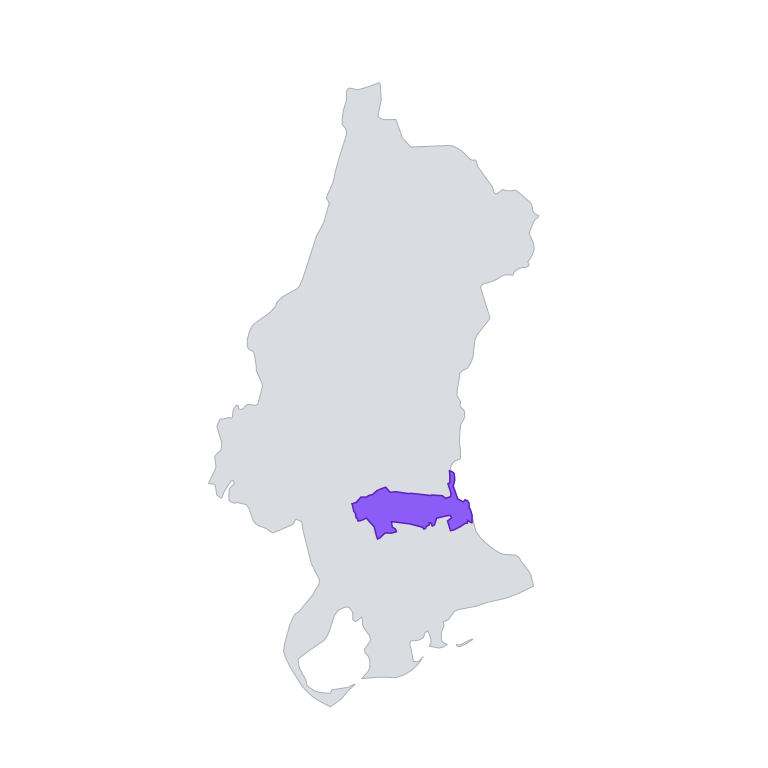 location of Magtymguly, Balkan, Turkmenistan, rotated 253°
{"feature_id": "10190150B5540422332593", "entity_name": "Magtymguly", "entity_type": "district", "adm_level": 2, "iso_a3": "TKM", "parent_name": "Turkmenistan", "parent_adm1": "Balkan", "projection": "natural_earth1", "projection_center": [56.485, 39.153], "detail": "fine", "context": "in_parent", "style": "filled", "palette": "violet", "viewbox_px": 768, "rotation_deg": 253, "n_neighbors": 0, "source": "geoboundaries", "source_scale": "gbopen_adm2", "svg_char_len": 5378}
<svg xmlns="http://www.w3.org/2000/svg" viewBox="0 0 768 768"><g transform="rotate(253 384 384)"><path d="M233.6,262.0L266.3,263.7L276.3,265.0L280.4,260.5L280.2,259.4L278.7,258.5L276.3,255.4L274.0,234.4L276.9,231.4L280.2,229.2L284.9,222.7L287.4,220.7L291.1,219.0L303.5,218.5L308.8,217.2L313.2,209.8L314.1,205.4L317.5,201.9L319.4,202.0L327.9,204.9L329.7,206.5L332.6,212.0L335.7,211.6L336.2,210.7L335.8,209.5L333.4,206.1L328.1,199.9L322.9,196.0L322.4,194.7L326.8,191.6L335.7,192.9L337.9,191.9L340.2,187.0L352.1,198.1L354.3,199.2L363.6,200.7L365.3,202.2L368.5,208.7L371.7,210.4L375.7,211.6L392.3,211.8L397.5,216.1L398.4,217.2L397.5,220.2L397.2,226.1L395.9,228.4L396.8,229.4L402.7,231.8L406.3,235.6L406.7,237.2L405.7,238.3L402.9,237.7L401.6,239.4L401.6,242.5L403.6,245.3L404.2,248.0L401.5,254.0L401.4,256.6L402.4,258.0L417.5,267.2L419.9,267.5L434.4,265.8L437.1,266.8L449.9,268.8L453.4,268.5L455.8,265.6L458.1,264.4L460.3,264.4L466.4,266.2L472.8,270.2L477.1,273.8L479.3,277.0L485.4,295.0L489.4,302.3L494.0,306.1L497.3,313.1L500.4,328.4L502.2,331.6L509.2,337.6L545.2,362.6L556.2,373.8L573.0,384.5L579.1,383.3L592.3,394.7L600.7,399.1L611.5,406.0L634.3,421.6L639.1,422.2L644.4,420.0L649.2,421.3L657.7,425.3L666.9,431.3L674.7,433.4L676.9,436.0L677.1,437.5L673.0,445.1L672.8,454.8L673.6,467.8L671.5,468.0L656.3,464.3L641.7,456.3L638.3,458.9L636.7,461.6L633.4,472.8L614.0,473.5L602.7,479.0L593.2,515.7L591.0,520.2L584.7,526.1L573.7,532.0L572.0,534.4L571.7,536.6L570.4,537.3L564.2,537.3L540.8,545.3L535.6,545.3L533.6,545.9L532.7,547.3L535.4,554.6L533.4,556.8L532.0,560.4L530.9,566.7L515.6,576.6L512.4,577.8L506.1,576.9L502.9,577.9L499.7,581.0L498.1,580.1L497.3,576.9L495.6,574.8L485.8,566.8L474.7,568.1L470.5,567.4L467.2,566.1L462.1,561.5L458.8,557.2L455.3,557.7L454.3,555.6L454.1,553.2L455.0,550.3L454.7,544.8L452.7,540.8L450.4,539.1L452.8,532.7L452.8,528.0L451.1,522.8L450.4,515.4L450.7,508.1L448.5,504.5L415.9,504.7L404.1,487.8L399.3,483.7L383.0,476.6L378.5,472.8L374.8,468.6L373.8,462.8L372.0,459.4L369.4,458.8L356.7,452.1L351.6,450.4L344.7,452.0L340.6,450.1L335.8,452.7L333.8,452.9L328.5,451.3L322.1,445.2L316.8,442.8L305.5,438.9L297.6,437.7L290.6,435.3L289.9,434.5L289.7,429.3L288.7,427.2L286.7,424.6L283.9,422.7L272.0,422.9L266.5,421.0L262.1,420.6L252.6,421.0L249.5,422.4L247.7,424.0L246.6,429.0L245.6,429.8L236.3,429.9L216.7,428.8L208.4,431.3L195.7,439.0L188.3,445.5L186.2,448.4L181.8,459.8L179.9,461.5L177.4,462.8L174.8,463.0L163.2,467.5L158.6,468.6L147.0,468.0L144.4,451.1L143.5,437.7L145.0,419.1L144.5,407.2L146.5,389.1L145.9,384.7L139.9,376.7L139.2,371.2L135.6,370.9L129.7,366.3L124.0,364.4L121.1,364.3L118.5,365.7L116.5,368.4L115.2,364.1L115.3,359.7L120.0,350.6L122.8,353.2L126.3,354.3L135.1,353.8L134.3,350.6L129.8,347.4L128.9,343.3L129.3,339.0L130.5,335.0L129.2,333.4L127.1,332.4L122.4,332.5L109.9,330.9L108.4,335.7L111.8,342.0L106.2,334.8L102.4,327.5L100.1,318.9L99.7,309.7L104.7,294.9L108.8,276.6L113.5,284.3L117.0,287.7L124.7,289.8L128.4,289.3L132.4,287.3L136.3,288.0L142.3,295.9L146.7,296.8L155.8,293.7L160.0,293.1L163.8,294.4L167.6,294.5L166.0,290.8L165.3,287.2L167.6,285.3L174.7,287.3L180.4,285.2L181.4,284.2L182.0,281.1L181.2,274.9L179.9,272.3L176.7,268.6L164.1,259.8L159.9,256.3L156.4,251.8L150.7,233.8L146.5,222.3L144.8,221.0L137.4,220.0L123.5,222.8L118.5,222.2L116.2,223.4L110.5,228.3L107.8,232.4L104.0,241.9L106.8,244.9L104.4,261.0L105.6,267.8L105.1,268.3L101.0,259.8L95.4,251.3L90.9,238.3L99.3,229.9L106.5,223.9L114.2,219.4L122.1,216.4L140.0,211.7L149.8,210.0L157.8,209.8L163.9,212.6L180.5,223.0L187.6,228.8L189.7,231.2L191.6,236.8L203.7,255.0L206.6,257.5L211.3,263.3L215.8,265.0L233.6,262.0ZM114.3,392.3L113.9,394.7L111.7,387.4L110.6,379.4L112.1,377.1L113.7,377.2L112.2,380.1L114.3,392.3Z" fill="#d9dde1" stroke="#a8b0b8" stroke-width="1"/><path d="M228.7,424.3L228.8,424.3L227.7,425.2L225.3,427.6L225.1,427.6L229.4,428.8L232.7,429.9L239.0,429.9L240.5,429.1L242.3,429.7L245.0,430.5L248.1,429.7L249.6,427.6L248.1,425.5L250.2,423.2L252.9,420.8L263.7,420.5L265.5,419.9L271.2,423.5L274.5,424.3L278.1,424.9L280.2,423.5L281.9,421.2L277.2,420.2L270.3,418.1L270.0,416.0L260.3,416.1L256.9,415.0L256.8,414.9L256.8,411.2L256.7,409.4L256.8,409.4L259.8,407.4L260.5,406.3L263.2,398.9L263.4,398.7L263.7,397.9L263.8,397.1L263.8,395.7L264.0,395.4L271.5,378.1L271.8,376.9L271.8,375.9L273.5,372.3L276.0,367.1L277.3,364.4L277.7,363.0L278.6,358.4L278.8,358.1L284.7,355.5L284.8,353.8L284.6,350.3L284.0,345.7L283.8,345.5L281.6,340.8L281.8,337.1L281.8,336.7L280.9,333.9L281.5,332.8L282.2,329.7L282.3,328.7L283.0,329.7L279.1,323.0L278.9,323.1L278.9,322.7L278.8,318.3L278.1,318.4L272.3,318.0L271.1,317.9L268.7,318.8L266.9,318.5L264.3,318.2L263.7,319.0L260.6,319.1L260.2,321.4L260.4,324.6L261.0,328.0L258.1,329.1L250.5,332.8L241.5,332.4L237.7,332.5L237.9,334.2L238.2,335.5L239.2,337.5L240.5,340.1L241.2,341.3L239.3,347.3L239.1,349.6L239.1,352.7L241.0,352.6L242.2,352.4L243.3,351.4L244.4,350.2L244.5,350.0L247.6,350.5L250.2,350.9L242.7,367.7L235.5,379.3L233.7,379.5L233.5,380.6L233.9,381.7L235.5,382.8L235.7,384.8L236.0,386.0L238.2,386.5L237.3,388.0L237.0,388.6L235.4,388.4L234.0,388.6L234.5,391.1L236.0,392.1L238.0,393.5L240.3,395.0L239.7,404.7L239.1,408.5L236.6,409.6L235.8,408.5L235.1,406.5L234.5,404.7L230.6,404.7L224.3,404.7L224.0,408.2L225.2,414.9L225.7,416.7L226.5,419.4L227.2,420.9L226.4,422.8L228.8,424.2L228.7,424.3Z" fill="#8b5cf6" stroke="#5b21b6" stroke-width="1.5"/></g></svg>